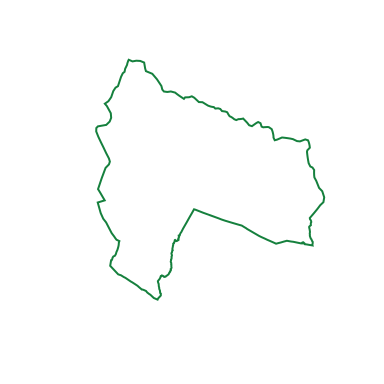 Naidas, Caras-Severin, Romania, rotated 216°
{"feature_id": "2599482B94833013529411", "entity_name": "Naidas", "entity_type": "district", "adm_level": 2, "iso_a3": "ROU", "parent_name": "Romania", "parent_adm1": "Caras-Severin", "projection": "equal_earth", "projection_center": [21.557, 44.883], "detail": "fine", "context": "isolated", "style": "outline", "palette": "green", "viewbox_px": 384, "rotation_deg": 216, "n_neighbors": 0, "source": "geoboundaries", "source_scale": "gbopen_adm2", "svg_char_len": 4921}
<svg xmlns="http://www.w3.org/2000/svg" viewBox="0 0 384 384"><g transform="rotate(216 192 192)"><path d="M306.8,268.6L310.9,267.6L314.2,265.5L316.9,262.7L320.9,261.8L320.7,260.5L320.3,259.3L319.9,258.0L319.3,256.8L318.5,252.4L317.2,249.6L317.8,247.4L317.1,243.5L314.1,234.1L315.2,231.5L315.0,227.4L313.1,221.2L313.0,216.3L314.4,212.2L311.4,211.5L304.0,208.0L301.0,204.5L300.0,200.6L300.8,195.9L306.7,189.8L307.0,187.5L305.1,184.7L300.2,181.6L294.9,178.7L289.6,175.9L284.3,173.0L278.9,170.3L276.3,168.3L275.4,165.5L276.1,160.7L274.6,155.3L273.1,149.9L271.4,144.5L269.7,139.1L266.3,137.7L257.7,133.9L262.1,128.1L253.5,121.3L248.1,118.2L243.6,116.9L238.2,114.2L232.8,111.5L228.9,110.3L227.0,109.6L225.0,109.0L221.9,109.6L221.5,108.4L221.4,108.0L220.6,106.8L219.9,105.5L219.3,104.1L218.3,101.3L217.9,99.2L217.1,97.0L216.9,95.1L217.7,93.7L217.7,92.4L217.0,90.5L216.9,89.5L217.3,89.2L214.8,84.2L203.3,82.0L200.4,82.9L197.2,83.1L195.5,83.4L188.9,83.6L187.2,83.8L183.4,84.0L180.9,84.1L179.3,83.9L175.2,83.6L174.8,84.0L173.4,84.4L171.0,84.9L169.3,84.4L167.0,84.3L165.3,84.4L160.6,83.8L156.6,84.7L156.8,85.6L156.8,86.9L156.6,87.9L156.4,89.9L157.5,91.5L158.4,91.6L160.0,93.4L161.6,94.4L162.3,95.3L163.5,96.3L165.0,98.1L166.0,98.7L166.7,99.3L167.2,99.8L167.2,100.7L167.1,102.8L167.3,104.0L167.8,105.6L167.2,105.9L167.1,106.5L167.2,106.8L166.6,107.0L166.0,107.1L165.3,107.0L164.9,107.2L164.5,107.0L163.6,108.0L163.5,108.9L163.3,109.2L162.6,111.5L162.6,112.0L162.8,112.7L162.9,112.9L162.8,113.4L162.8,113.8L162.8,114.2L162.8,114.5L163.2,114.8L163.0,115.4L163.1,116.3L163.2,116.6L163.9,117.0L163.8,117.4L163.9,117.8L163.9,118.2L164.1,118.7L164.2,118.9L164.7,119.3L165.5,120.4L165.9,121.0L166.2,121.1L166.9,122.2L167.2,122.5L167.5,122.6L167.9,122.8L168.0,122.9L168.2,123.1L168.4,123.4L168.6,124.1L168.8,124.4L169.1,124.8L169.3,125.1L169.3,125.3L169.3,125.7L169.3,125.9L169.6,126.3L169.8,126.8L170.3,127.3L170.7,127.9L170.7,128.1L170.7,128.5L170.8,128.7L171.3,129.3L171.8,129.6L172.2,129.9L172.4,130.0L172.5,130.3L172.6,130.6L172.8,130.9L172.8,131.2L172.8,131.6L173.1,132.1L173.4,132.8L173.3,133.3L173.8,133.5L173.9,134.0L174.4,134.4L174.7,135.0L175.5,136.8L175.8,137.2L176.0,138.0L176.8,139.1L176.6,139.6L176.5,139.9L176.5,140.0L176.9,140.4L176.9,140.5L176.8,141.2L177.0,141.7L177.0,142.0L177.1,142.4L177.5,142.6L177.6,142.8L177.6,143.1L177.5,143.3L177.4,143.3L176.5,143.0L176.1,143.0L175.9,143.1L175.5,143.3L175.4,143.5L175.3,144.4L175.2,144.7L175.0,144.8L174.8,144.9L174.7,145.0L174.7,145.3L174.8,145.5L175.0,145.7L175.2,145.9L175.6,146.0L175.7,146.6L175.7,146.9L175.7,147.1L176.1,147.5L176.0,148.0L176.1,148.3L176.3,148.6L177.1,148.8L177.2,149.0L176.6,149.8L176.5,150.0L176.8,150.6L177.0,151.3L177.1,151.8L177.1,152.1L177.1,152.6L177.1,153.2L177.1,153.3L177.7,157.1L178.5,164.6L179.1,169.6L179.8,176.1L180.2,179.2L178.8,179.7L170.7,181.8L155.1,186.3L152.0,187.1L148.5,188.2L142.2,190.4L135.2,192.9L132.0,194.1L129.2,194.3L127.2,194.5L125.6,194.5L111.8,195.9L109.0,196.4L105.7,197.1L102.9,197.6L100.3,198.2L96.6,199.0L93.6,199.6L91.8,201.8L90.6,203.2L88.3,206.2L87.7,206.9L86.6,208.3L84.7,209.2L82.5,210.3L80.9,211.2L73.6,214.5L72.6,215.2L73.0,215.2L73.2,215.4L72.8,216.8L73.0,217.0L71.9,216.6L71.3,216.6L70.5,216.5L70.0,216.1L68.9,216.7L68.6,216.9L65.7,218.3L63.1,219.6L63.8,220.1L63.9,220.9L64.5,221.8L64.9,222.5L65.4,222.8L66.2,223.0L67.2,223.7L67.8,224.0L68.5,224.1L69.2,224.6L70.1,225.2L70.9,225.8L71.5,226.7L72.4,227.7L73.0,228.9L73.5,229.5L74.1,230.1L75.1,231.1L76.3,232.1L76.6,232.6L76.8,232.9L76.6,234.0L76.3,235.0L77.0,235.8L77.6,236.7L77.8,237.7L78.4,238.4L78.8,238.6L79.2,238.9L80.6,239.4L81.4,240.2L81.3,241.6L80.9,246.6L80.6,251.6L80.5,256.7L79.7,261.0L81.9,265.4L87.1,269.2L91.6,270.0L98.1,274.1L101.5,275.7L102.8,277.1L104.0,278.6L105.1,280.1L106.1,281.6L108.9,282.6L111.3,282.2L114.6,283.9L116.7,285.9L118.7,287.9L120.7,290.0L122.6,292.1L123.2,293.5L122.7,297.1L124.0,298.5L125.4,299.8L126.9,301.0L128.5,302.0L131.3,301.1L134.4,296.4L137.0,294.9L141.4,294.1L143.9,293.0L146.4,291.7L148.8,290.4L151.2,289.0L154.0,284.3L155.5,282.5L158.0,283.9L158.7,284.8L159.4,285.6L160.2,286.4L161.0,287.1L161.8,287.8L162.7,288.5L163.6,289.1L164.5,289.7L168.0,289.6L169.2,288.9L170.3,288.0L171.4,287.1L172.4,286.2L174.1,285.8L177.0,287.9L179.6,287.5L180.4,285.8L181.0,284.1L181.6,282.3L182.2,280.5L185.0,279.6L188.2,280.5L193.8,281.5L194.5,280.6L195.4,279.8L196.2,279.0L197.2,278.3L198.5,276.2L200.6,275.7L202.0,275.8L203.4,275.8L204.7,275.7L206.1,275.4L207.2,275.8L208.3,276.2L209.3,276.7L210.4,277.2L212.3,276.7L215.3,275.1L217.9,275.8L220.0,275.1L222.2,273.2L224.3,273.5L225.6,272.8L226.9,272.2L228.4,271.7L229.8,271.3L236.3,270.8L239.3,268.8L245.6,269.6L248.4,269.3L250.1,266.9L253.2,264.5L253.3,262.6L256.0,262.5L258.7,262.4L261.4,262.4L264.1,262.5L268.2,260.9L270.8,258.4L273.8,256.8L276.2,257.4L279.1,259.8L286.6,262.6L293.6,264.3L300.3,262.7L302.5,264.4L306.8,268.6Z" fill="none" stroke="#15803d" stroke-width="2"/></g></svg>